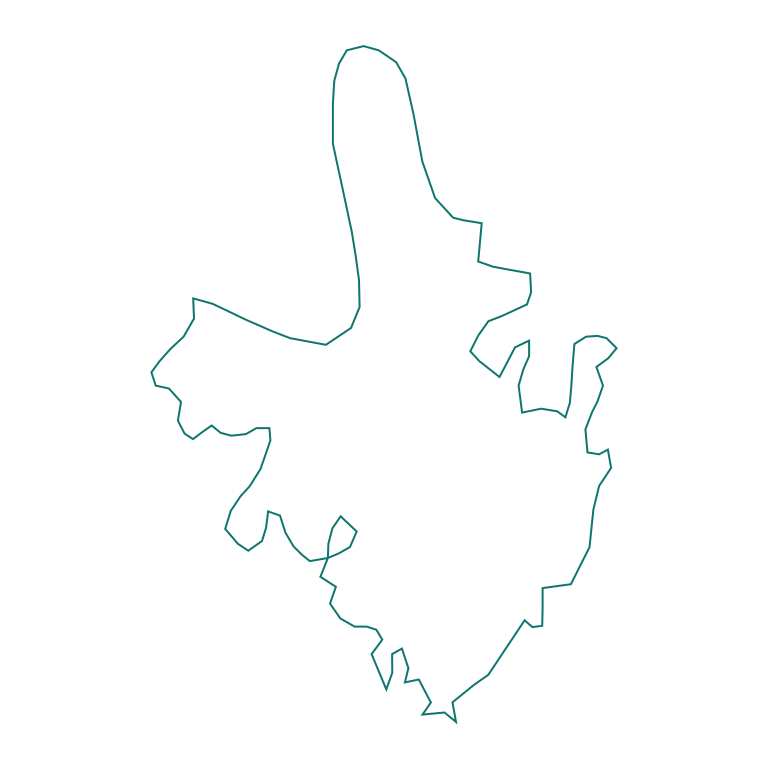 Porto Mauá, Rio Grande do Sul, Brazil
{"feature_id": "56859067B40873252146886", "entity_name": "Porto Mauá", "entity_type": "district", "adm_level": 2, "iso_a3": "BRA", "parent_name": "Brazil", "parent_adm1": "Rio Grande do Sul", "projection": "equal_earth", "projection_center": [-54.66, -27.584], "detail": "fine", "context": "isolated", "style": "outline", "palette": "teal", "viewbox_px": 768, "rotation_deg": 0, "n_neighbors": 0, "source": "geoboundaries", "source_scale": "gbopen_adm2", "svg_char_len": 1860}
<svg xmlns="http://www.w3.org/2000/svg" viewBox="0 0 768 768"><path d="M327.9,558.0L320.4,576.8L335.9,586.8L330.0,603.6L340.4,618.5L354.5,626.6L366.7,626.6L376.3,629.7L382.3,639.7L371.6,654.1L386.3,689.4L392.3,672.7L392.1,654.1L401.9,648.6L408.4,668.2L404.9,682.4L418.8,679.5L430.9,702.5L422.5,714.6L444.5,712.5L456.0,721.9L452.5,702.3L473.8,685.0L488.3,674.8L524.6,620.3L532.4,627.1L542.2,625.8L542.6,609.1L542.6,588.1L570.9,584.2L589.5,547.2L593.4,509.5L599.1,486.0L611.1,467.9L607.9,449.6L599.1,454.3L587.5,452.4L585.4,429.4L592.1,412.1L597.5,401.4L603.0,385.6L596.4,367.0L608.1,358.4L616.6,348.2L606.6,338.2L597.6,335.9L586.0,336.7L574.4,344.0L572.5,367.0L571.3,386.4L569.9,402.7L565.4,417.3L557.2,411.3L541.1,408.7L522.1,412.6L518.6,385.6L523.5,368.9L529.1,356.3L529.1,340.6L515.0,347.4L499.5,377.0L479.2,361.0L470.3,351.3L478.4,335.3L488.4,321.2L501.9,316.0L527.0,304.4L531.1,292.4L530.1,273.5L508.6,269.6L492.9,266.7L478.2,261.5L481.7,223.2L463.7,220.3L453.1,217.7L435.1,198.1L422.3,161.4L413.5,114.2L405.5,78.6L396.2,62.3L387.6,56.3L378.6,50.3L363.7,46.1L346.8,50.3L339.0,63.6L334.3,80.7L332.9,103.5L332.9,143.8L338.8,171.3L342.3,187.3L351.9,232.4L355.7,256.0L359.0,280.1L359.6,307.0L351.0,328.0L325.9,344.8L290.2,338.2L272.6,331.4L246.3,319.9L212.8,303.9L193.2,298.4L194.0,318.6L183.6,336.7L170.4,349.0L159.3,361.5L151.4,372.3L155.7,385.6L168.9,388.5L181.0,401.9L177.9,420.7L184.6,433.6L193.0,439.1L202.0,432.3L211.6,425.5L220.6,432.8L231.4,435.7L245.9,434.1L256.5,428.1L269.4,428.1L270.4,440.4L264.9,456.4L260.4,469.2L249.5,486.5L240.8,495.9L230.8,510.8L225.2,528.9L237.9,543.8L248.3,550.7L262.0,541.0L266.1,527.6L268.1,511.4L280.0,515.6L285.5,532.8L293.6,546.5L301.8,554.6L309.8,561.1L327.9,558.0ZM327.9,558.0L328.4,543.6L332.4,528.4L340.6,516.3L356.7,531.5L350.0,547.0L339.0,553.3L327.9,558.0Z" fill="none" stroke="#0f766e" stroke-width="2"/></svg>